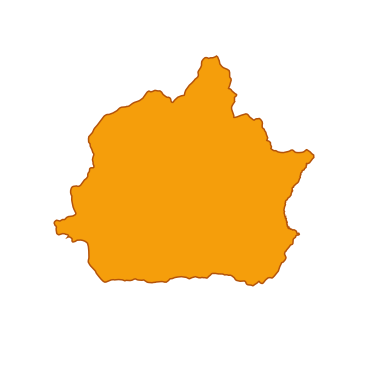 the district of Ciudad Bolívar, Antioquia, Colombia, rotated 36°
{"feature_id": "7082276B35389673608197", "entity_name": "Ciudad Bolívar", "entity_type": "district", "adm_level": 2, "iso_a3": "COL", "parent_name": "Colombia", "parent_adm1": "Antioquia", "projection": "robinson", "projection_center": [-75.992, 5.842], "detail": "fine", "context": "isolated", "style": "filled", "palette": "amber", "viewbox_px": 384, "rotation_deg": 36, "n_neighbors": 0, "source": "geoboundaries", "source_scale": "gbopen_adm2", "svg_char_len": 5990}
<svg xmlns="http://www.w3.org/2000/svg" viewBox="0 0 384 384"><g transform="rotate(36 192 192)"><path d="M252.8,253.7L254.6,252.9L254.9,252.4L255.2,250.3L255.7,248.5L255.9,246.6L256.5,245.8L258.8,244.1L261.4,242.8L265.1,240.3L267.1,239.9L268.9,238.4L270.5,237.9L272.0,236.7L273.4,236.4L276.5,236.5L278.5,237.3L279.3,237.4L280.1,237.3L283.4,235.9L286.6,233.2L287.6,233.1L288.6,233.4L289.7,234.2L290.8,234.4L291.8,234.2L294.7,232.5L296.1,232.2L296.4,232.0L296.7,231.5L297.0,230.3L298.1,227.5L298.6,225.0L299.0,224.8L300.4,225.3L301.5,225.2L302.5,224.8L302.9,224.2L303.1,223.3L303.2,220.3L303.4,219.0L304.1,216.6L305.4,215.4L307.2,214.6L307.5,214.2L307.7,213.4L308.0,211.4L308.3,205.2L306.9,200.8L306.1,196.5L307.0,194.9L307.2,192.3L307.0,190.9L306.7,190.0L306.2,189.5L303.3,187.8L302.6,186.2L302.5,185.4L302.5,185.1L302.8,184.6L302.6,183.3L302.9,179.0L302.8,177.1L303.9,175.3L303.9,174.7L303.8,174.2L301.8,171.0L301.7,169.8L302.3,167.9L301.8,166.0L302.1,165.4L303.5,164.1L303.7,163.3L303.2,163.1L303.0,162.7L302.6,162.6L301.4,163.7L300.9,163.5L299.5,162.4L297.8,162.4L296.8,162.6L295.7,163.6L294.3,163.6L293.5,164.3L292.8,163.9L292.4,163.9L291.8,164.5L291.0,163.4L290.6,163.6L290.9,164.1L290.7,164.4L289.7,163.4L289.0,163.5L288.5,162.6L287.8,162.4L287.1,161.6L287.0,161.4L287.1,161.0L286.7,160.5L286.3,160.8L285.4,159.7L284.5,159.3L284.0,158.2L283.5,158.4L282.9,158.2L282.9,157.7L282.4,157.6L282.1,156.8L281.6,157.2L281.0,156.8L280.5,156.1L279.0,155.0L278.4,154.1L278.4,153.5L277.0,152.7L275.6,149.6L275.0,147.3L274.0,146.5L273.8,145.4L273.4,145.1L273.1,144.5L273.1,143.3L273.5,142.4L273.2,140.6L273.9,138.2L273.8,137.0L273.9,136.1L273.2,135.2L272.7,133.1L272.2,132.7L272.3,132.3L272.7,132.3L272.7,131.9L271.3,130.8L271.0,130.4L270.7,129.4L270.7,129.1L271.2,128.6L271.2,128.0L270.9,127.4L270.9,126.8L271.4,124.9L271.5,123.7L272.0,122.8L272.1,121.1L271.1,117.8L271.1,116.6L270.2,115.8L270.1,114.9L269.7,114.5L269.8,113.8L269.0,113.1L269.0,111.9L269.2,111.4L268.6,109.8L269.5,108.5L269.6,107.8L269.3,107.0L269.8,105.1L269.6,104.5L269.0,103.9L268.9,102.9L268.0,102.1L267.9,101.7L268.0,101.4L268.8,101.2L269.9,99.3L270.0,94.1L270.3,92.5L268.7,90.6L266.6,90.6L263.9,90.1L260.0,90.3L259.7,90.6L258.9,93.6L257.9,95.1L255.6,97.1L253.9,98.3L252.4,99.1L251.6,99.1L249.2,98.9L248.4,99.1L247.5,100.0L247.0,101.3L246.3,102.4L242.8,106.4L240.5,107.9L238.0,109.0L235.5,109.3L234.0,110.4L232.3,110.6L230.3,110.5L229.8,108.8L229.4,108.5L227.6,107.5L226.5,106.0L225.8,105.8L224.3,105.7L222.2,106.3L221.4,103.7L218.4,101.8L216.6,100.3L214.5,99.6L213.6,98.8L211.7,98.7L210.8,98.4L209.5,96.7L208.6,95.0L207.4,93.9L205.6,93.2L203.6,92.9L203.2,93.0L201.9,94.3L201.2,94.8L200.5,95.7L200.1,97.2L199.3,97.6L194.5,97.4L191.9,96.6L191.0,96.6L189.7,97.1L186.7,101.0L184.2,104.9L182.8,106.5L182.0,107.0L180.8,105.5L175.5,101.8L174.4,100.5L173.9,99.4L173.6,97.4L173.4,93.6L172.7,93.3L171.7,91.7L170.9,90.8L170.8,90.3L171.3,88.2L171.2,87.6L170.7,86.9L169.2,87.1L166.5,86.9L164.6,86.7L163.7,86.3L162.4,86.2L161.6,86.4L161.2,86.7L160.6,86.7L160.0,84.2L158.0,78.6L156.9,77.4L155.5,77.1L154.8,76.7L152.2,73.2L150.7,72.0L148.6,72.0L144.7,72.9L143.5,73.0L141.9,72.8L139.6,72.1L138.9,71.7L137.0,69.9L133.4,67.7L131.9,67.6L131.4,68.9L130.0,71.1L128.1,72.6L126.9,74.2L126.0,74.3L124.8,74.7L123.9,75.4L123.5,76.0L123.1,78.0L123.1,80.0L123.3,80.9L124.5,83.0L125.1,83.6L125.5,84.7L125.9,86.6L126.1,90.2L126.4,91.5L128.4,93.6L128.9,94.6L129.0,95.6L128.8,96.9L128.2,99.0L128.2,100.4L127.8,103.8L127.1,107.2L127.1,113.4L127.9,116.0L128.7,117.7L128.8,118.4L126.8,120.5L124.8,123.7L124.0,127.6L123.9,130.1L123.8,130.8L123.2,131.2L122.4,131.2L121.5,130.7L120.2,129.4L119.3,129.0L118.5,128.9L117.4,129.1L116.7,129.7L115.8,130.1L114.2,130.2L111.3,130.1L108.7,129.1L106.9,129.0L106.3,129.3L105.0,130.3L102.7,131.3L102.1,131.8L101.0,133.8L100.0,135.0L99.4,135.4L98.6,135.4L97.8,135.7L97.2,136.9L97.0,137.9L97.1,145.0L95.9,148.7L95.1,150.1L92.7,153.5L91.8,155.4L90.6,159.3L89.8,160.5L88.9,161.1L88.4,162.0L85.1,164.9L84.4,166.0L84.0,167.2L83.5,170.3L81.7,174.4L79.4,177.9L77.9,179.1L77.3,179.8L76.5,181.7L76.3,182.6L76.1,193.6L75.7,197.6L75.8,199.0L76.4,201.7L76.5,202.7L76.0,207.9L77.0,209.8L79.0,212.3L81.2,213.0L82.8,214.8L85.9,216.4L88.5,218.3L90.0,218.8L90.4,219.2L90.8,219.9L91.5,222.2L92.5,224.4L94.7,226.3L95.3,227.2L96.0,227.8L96.9,228.2L98.0,229.4L97.8,230.5L96.1,231.8L95.7,232.4L95.6,233.4L96.9,235.7L96.9,237.8L97.3,239.0L98.4,240.5L98.6,241.2L98.6,243.1L97.9,245.5L97.9,252.0L97.3,253.7L97.0,254.0L95.7,254.9L95.0,255.0L92.6,257.3L92.1,258.4L92.1,259.7L92.5,261.0L93.1,262.4L94.3,264.0L95.8,265.2L97.1,265.8L99.3,269.0L100.9,270.6L104.5,273.9L106.6,275.3L110.2,277.2L110.8,277.8L110.9,278.3L110.9,278.9L109.9,281.1L109.3,281.9L106.5,284.5L105.9,285.6L105.5,286.4L105.4,288.1L105.0,289.3L103.4,290.4L102.2,293.1L101.8,293.3L99.3,294.3L98.9,294.6L98.4,296.4L98.4,297.3L98.6,297.8L98.9,298.3L100.9,299.5L102.0,299.5L103.0,300.1L103.5,301.3L104.5,302.6L106.7,304.8L107.3,305.1L109.0,305.1L109.6,304.7L111.7,301.8L113.4,300.7L114.5,300.5L116.6,299.6L117.6,299.8L117.9,300.8L117.9,301.8L118.3,301.1L119.2,300.4L120.2,300.2L121.6,300.2L122.5,300.4L123.6,302.0L124.1,302.4L124.9,302.5L125.3,302.2L126.5,300.7L127.4,298.5L130.3,296.2L132.3,295.3L134.2,294.8L136.1,294.7L137.6,294.9L140.2,297.0L143.2,300.4L146.7,305.0L147.5,306.2L148.2,308.0L149.2,309.6L151.9,310.9L153.5,311.4L160.2,312.7L162.5,314.0L166.3,315.1L169.8,316.0L172.5,316.4L173.9,316.3L174.5,316.1L175.4,315.3L178.3,310.6L179.8,309.2L180.9,308.7L184.0,306.0L187.3,304.0L189.9,303.3L190.7,302.1L194.0,300.0L195.3,298.6L196.4,296.5L197.4,295.5L199.3,295.2L200.7,294.5L203.3,292.9L204.7,291.5L208.6,291.3L209.7,290.9L213.0,288.9L214.0,287.8L215.4,286.6L215.9,285.9L219.8,282.5L221.0,281.7L222.8,281.0L224.2,280.0L225.0,277.5L225.2,275.5L225.5,274.9L226.9,273.7L228.3,271.4L230.4,269.2L233.2,266.7L237.6,264.4L240.5,263.9L241.0,263.6L242.3,261.3L244.5,258.5L247.8,257.4L249.2,256.5L250.2,255.3L251.9,254.4L252.8,253.7Z" fill="#f59e0b" stroke="#b45309" stroke-width="1.5"/></g></svg>